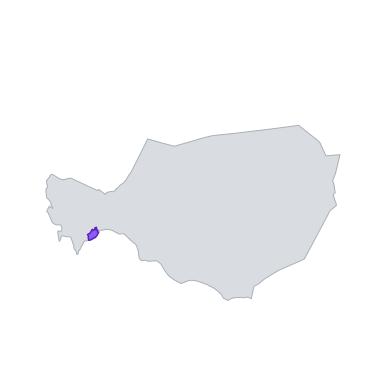 location of Tibiri, Dosso, Niger, rotated 27°
{"feature_id": "23599985B22885280076406", "entity_name": "Tibiri", "entity_type": "district", "adm_level": 2, "iso_a3": "NER", "parent_name": "Niger", "parent_adm1": "Dosso", "projection": "orthographic", "projection_center": [3.884, 13.094], "detail": "fine", "context": "in_parent", "style": "filled", "palette": "violet", "viewbox_px": 384, "rotation_deg": 27, "n_neighbors": 0, "source": "geoboundaries", "source_scale": "gbopen_adm2", "svg_char_len": 3652}
<svg xmlns="http://www.w3.org/2000/svg" viewBox="0 0 384 384"><g transform="rotate(27 192 192)"><path d="M293.3,260.1L290.1,260.3L288.4,260.9L286.2,262.8L283.7,263.5L280.6,265.2L278.7,266.5L276.9,267.6L274.5,270.1L273.7,271.9L271.2,272.4L267.7,272.2L265.4,270.4L260.2,268.6L256.8,268.0L255.2,267.8L247.3,267.7L238.8,268.7L234.5,269.7L233.7,269.9L231.3,271.1L229.3,272.4L223.9,278.5L216.6,278.4L212.3,277.9L208.6,277.0L203.4,274.4L197.0,270.3L194.5,269.7L192.3,269.4L191.5,269.5L184.0,273.8L182.5,273.7L180.8,274.2L179.6,275.3L178.7,275.8L177.8,275.9L176.6,275.7L175.4,275.1L174.2,273.9L171.1,269.3L170.4,268.5L169.0,267.1L166.8,265.0L165.2,264.0L164.3,263.8L163.2,263.9L157.1,262.2L151.0,260.2L149.6,260.5L148.7,260.9L146.6,262.4L144.1,262.6L140.9,262.5L139.2,262.4L136.4,262.8L134.6,263.4L132.1,264.4L129.0,267.1L128.1,267.4L127.3,267.9L126.2,275.2L125.4,277.4L123.8,280.3L120.6,283.0L118.4,284.7L118.4,287.0L118.2,290.7L118.2,293.2L118.3,294.9L118.0,295.6L117.8,296.4L117.9,297.4L118.4,298.0L118.7,298.6L118.5,299.2L117.5,299.8L116.4,298.2L114.9,297.0L113.3,296.5L112.3,295.6L111.7,294.5L109.6,292.2L104.8,287.6L104.3,287.5L103.5,287.3L102.2,287.9L101.3,288.6L100.7,288.9L99.8,288.9L97.6,289.5L95.7,290.2L95.7,290.8L96.5,294.3L96.1,296.1L95.3,295.2L92.7,291.7L90.9,289.2L90.5,288.6L90.3,287.7L90.5,287.3L91.2,287.1L92.9,286.7L93.2,286.5L93.3,285.8L93.0,284.5L92.1,282.7L91.1,281.5L90.6,281.3L89.6,281.2L88.5,281.4L86.5,282.8L85.6,283.0L83.5,282.9L81.6,282.6L80.4,281.8L77.1,279.0L73.4,275.9L71.8,275.4L71.4,275.1L71.2,272.8L71.3,270.0L71.5,269.3L73.1,269.7L74.7,269.9L75.3,269.4L74.0,268.4L72.1,267.4L71.4,265.9L70.8,265.3L70.0,264.8L69.0,264.5L68.0,264.0L67.4,263.6L66.2,263.4L65.1,263.0L63.4,260.5L61.8,258.1L60.9,256.2L60.6,255.1L61.1,253.1L60.6,252.4L58.8,250.4L57.3,248.5L57.7,245.7L58.1,243.4L58.1,241.9L58.4,241.0L58.6,240.1L59.6,239.8L62.2,239.8L67.2,240.4L71.2,239.9L71.4,239.8L74.3,237.3L77.4,234.7L82.1,234.5L87.2,234.3L91.2,234.2L97.0,234.0L101.7,233.8L107.2,233.7L107.4,232.4L107.7,232.1L108.2,232.1L112.2,232.8L116.0,233.4L116.3,231.1L119.6,228.2L121.5,227.7L121.9,227.2L122.5,226.2L122.9,224.7L123.0,223.6L123.7,222.7L124.2,221.1L124.9,218.3L126.8,215.3L127.8,211.2L128.0,207.3L128.2,204.3L128.7,203.7L128.7,198.4L128.7,193.1L128.7,188.6L128.6,183.0L128.6,178.1L128.6,172.8L128.5,168.0L128.5,164.9L132.3,164.1L136.1,163.3L141.8,162.2L147.9,160.9L154.5,159.5L156.0,158.7L161.0,154.1L163.3,152.0L167.7,147.9L171.1,144.7L175.4,140.6L180.0,136.5L183.6,133.3L189.3,129.5L197.9,123.9L206.5,118.3L215.0,112.6L223.4,107.0L231.8,101.3L240.2,95.6L248.5,89.9L256.7,84.2L265.4,86.0L273.7,87.6L282.0,89.3L284.0,90.3L288.6,94.0L294.6,98.8L294.8,98.8L295.1,98.9L300.2,95.7L306.9,91.6L309.4,101.8L311.5,110.6L312.0,116.3L312.2,117.8L312.8,118.8L314.2,119.7L320.0,127.7L319.0,129.1L319.9,131.6L321.4,132.7L326.1,137.4L326.7,138.3L326.5,139.1L323.9,145.0L323.5,146.4L323.4,153.8L323.3,159.0L323.2,166.2L323.0,174.8L322.9,182.0L322.7,191.6L322.5,200.7L318.4,205.9L310.9,215.0L304.8,222.5L301.7,227.4L295.8,237.1L293.2,243.3L291.1,246.5L290.0,247.9L291.2,252.4L293.3,260.1Z" fill="#d9dde1" stroke="#a8b0b8" stroke-width="1"/><path d="M120.0,271.5L119.9,274.5L119.8,274.8L118.3,277.3L119.2,278.0L119.9,278.7L120.1,279.4L120.5,280.1L121.9,281.8L122.8,281.3L123.9,280.1L125.3,277.9L125.6,277.4L126.7,276.2L126.8,274.7L127.1,273.5L127.1,270.3L126.5,270.4L126.0,270.4L125.0,269.4L125.3,268.9L124.6,268.6L123.4,268.5L123.3,267.3L123.0,267.1L122.9,267.5L121.9,267.6L122.0,268.8L122.8,269.4L122.8,269.6L122.1,269.9L121.2,270.6L120.2,270.6L120.2,270.8L120.5,270.9L121.0,271.0L121.0,271.5L120.0,271.5Z" fill="#8b5cf6" stroke="#5b21b6" stroke-width="1.5"/></g></svg>